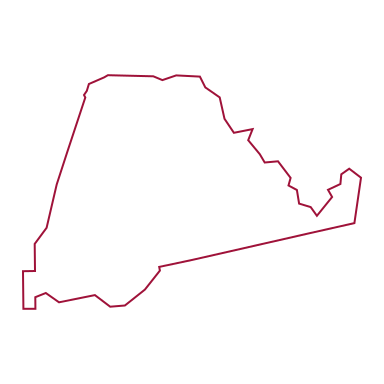 the district of Ascension, Louisiana, United States of America
{"feature_id": "52423323B72643453207653", "entity_name": "Ascension", "entity_type": "district", "adm_level": 2, "iso_a3": "USA", "parent_name": "United States of America", "parent_adm1": "Louisiana", "projection": "mercator", "projection_center": [-90.876, 30.204], "detail": "fine", "context": "isolated", "style": "outline", "palette": "rose", "viewbox_px": 384, "rotation_deg": 0, "n_neighbors": 0, "source": "geoboundaries", "source_scale": "gbopen_adm2", "svg_char_len": 723}
<svg xmlns="http://www.w3.org/2000/svg" viewBox="0 0 384 384"><path d="M354.4,223.1L361.0,177.7L349.2,168.7L341.3,174.3L340.4,184.0L328.0,189.8L332.1,197.0L316.9,215.8L310.7,207.1L299.1,203.6L296.9,190.0L288.5,185.5L290.6,177.9L278.0,161.3L264.7,162.5L259.8,154.2L248.2,140.2L252.6,129.1L233.9,132.8L224.5,118.8L219.7,97.4L205.3,87.4L199.9,76.6L176.2,75.4L162.4,80.1L153.3,76.3L107.9,75.2L104.1,77.4L88.9,84.0L86.8,90.9L84.0,95.0L85.3,97.5L67.1,152.5L56.7,184.5L46.6,227.8L34.7,243.9L35.0,271.0L23.0,271.2L23.4,308.8L35.4,308.8L35.3,297.2L45.8,293.0L59.0,302.3L94.9,295.1L110.2,306.7L124.9,305.5L144.9,289.6L159.9,270.6L159.2,266.9L192.3,259.9L307.4,233.7L354.4,223.1Z" fill="none" stroke="#9f1239" stroke-width="2"/></svg>